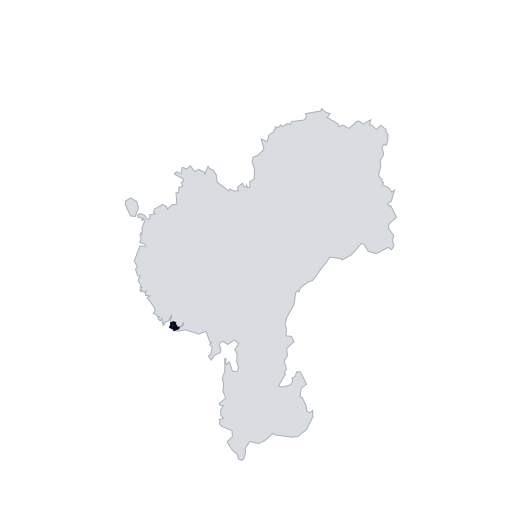 Shanghai highlighted on a map of China, rotated 124°
{"feature_id": "CHN-1819", "entity_name": "Shanghai", "entity_type": "Municipality", "adm_level": 1, "iso_a3": "CHN", "parent_name": "China", "parent_adm1": "", "projection": "equal_earth", "projection_center": [121.333, 31.266], "detail": "fine", "context": "in_parent", "style": "filled", "palette": "ink", "viewbox_px": 512, "rotation_deg": 124, "n_neighbors": 0, "source": "natural_earth", "source_scale": "10m", "svg_char_len": 5356}
<svg xmlns="http://www.w3.org/2000/svg" viewBox="0 0 512 512"><g transform="rotate(124 256 256)"><path d="M273.9,366.4L265.6,362.4L265.1,357.9L266.6,355.6L260.7,354.3L257.2,350.7L248.4,357.6L246.5,355.5L242.3,358.4L239.1,355.8L236.8,359.0L234.1,358.1L232.9,360.0L233.7,369.5L230.7,369.1L229.8,364.3L223.7,366.7L222.5,362.0L217.8,360.9L220.3,354.0L216.3,352.0L215.5,345.9L216.6,344.1L208.4,345.9L209.5,343.2L208.6,339.8L210.8,334.5L216.4,329.4L217.4,315.0L215.1,315.2L214.3,310.2L211.7,307.2L209.5,309.6L203.1,308.0L205.2,305.1L204.5,302.7L202.5,303.7L204.1,301.0L202.3,299.4L198.0,302.8L193.4,300.5L184.3,306.2L180.2,311.8L175.7,313.7L171.6,310.8L163.1,309.0L156.0,317.1L155.0,310.6L148.5,313.0L142.5,310.6L141.0,312.0L139.5,310.5L138.4,312.2L136.8,309.1L133.4,308.8L133.9,306.5L128.4,303.8L127.9,301.3L124.6,301.6L116.3,292.1L112.4,292.0L110.2,294.5L99.5,283.3L97.2,284.1L97.9,278.7L96.5,274.1L101.5,274.3L100.5,262.0L102.4,259.7L98.7,256.9L98.4,250.3L87.7,247.6L86.4,245.7L86.9,241.0L78.9,237.1L83.8,235.1L82.8,233.4L83.7,227.1L77.9,225.6L78.4,219.0L80.2,218.0L81.5,214.4L87.2,211.0L91.7,209.9L91.9,212.4L95.7,212.0L100.3,206.9L107.4,206.5L111.8,202.8L121.3,199.1L121.8,194.4L124.3,192.9L123.7,191.6L126.2,190.7L125.3,183.7L127.0,179.1L123.8,177.9L134.9,174.5L139.2,176.1L140.2,173.9L138.8,172.7L145.4,161.1L154.7,163.7L158.9,162.0L162.0,153.1L167.1,151.5L169.8,147.6L175.0,147.1L175.0,151.4L186.8,157.6L189.3,165.6L185.9,173.2L186.7,175.6L201.4,177.5L211.1,182.4L210.7,184.2L215.5,194.0L244.8,195.4L248.4,198.3L257.1,201.4L261.7,200.4L261.6,202.1L264.4,202.5L275.2,197.3L290.1,196.1L296.4,193.6L300.1,189.4L305.5,186.6L302.8,181.7L305.9,176.6L315.3,178.9L321.1,174.2L327.4,173.7L332.6,167.6L336.9,167.1L337.5,165.5L351.2,164.8L350.3,161.4L343.7,155.4L339.6,155.4L337.2,157.8L334.0,156.2L329.2,157.5L327.2,154.4L334.0,142.4L340.4,144.6L348.1,140.8L347.6,138.4L352.6,130.2L356.3,126.8L355.8,123.7L352.5,122.7L357.6,118.9L371.5,117.1L382.4,120.5L386.2,125.0L393.5,139.8L393.4,142.6L404.2,145.5L410.2,149.2L413.2,157.5L421.4,157.3L424.9,154.6L431.1,152.6L433.3,153.5L434.1,157.3L431.0,160.3L429.9,167.9L426.2,176.1L419.0,174.6L414.2,178.2L416.4,189.1L415.5,192.7L411.8,194.0L412.5,195.4L408.7,191.9L407.7,196.1L403.4,199.2L398.3,199.6L399.8,202.4L399.1,204.1L390.7,201.6L386.6,207.8L380.2,211.2L376.6,215.3L368.3,217.8L358.4,224.6L358.1,223.1L361.4,221.7L362.3,219.5L359.1,219.5L359.0,218.3L364.9,210.9L362.3,207.3L358.5,207.8L354.4,213.0L348.0,216.7L345.5,221.1L338.5,221.5L337.6,227.0L345.2,230.0L345.2,235.6L347.2,237.1L350.0,237.0L353.0,232.8L355.9,231.6L361.2,234.6L367.4,235.0L365.4,239.5L363.0,238.5L356.3,241.1L355.2,245.1L352.5,244.5L353.1,246.2L346.3,255.3L352.9,259.9L356.5,273.0L362.5,279.2L362.0,280.8L354.4,277.5L351.4,278.9L355.6,278.5L362.5,286.1L356.7,291.6L353.9,291.6L352.4,292.8L358.9,292.3L364.1,295.9L360.5,299.1L363.3,299.0L363.0,302.0L360.1,302.0L361.6,303.5L360.3,306.1L361.1,309.0L358.2,308.7L355.7,311.3L351.3,322.9L348.4,321.6L350.3,325.4L347.6,327.7L345.6,327.2L348.6,328.2L348.6,333.3L345.8,332.8L346.5,334.7L344.5,334.9L342.4,339.9L337.3,341.1L338.6,343.0L334.2,348.6L331.3,348.1L328.4,354.1L312.7,357.8L309.6,352.8L308.4,354.4L309.7,360.3L306.7,360.4L303.4,364.1L302.0,362.4L301.6,364.4L299.3,363.5L297.1,366.0L289.4,367.9L287.7,371.3L289.9,375.0L288.8,376.9L285.8,376.3L284.5,371.5L286.4,366.7L284.1,364.9L281.4,367.2L277.2,363.0L277.3,365.4L273.9,366.4ZM290.7,378.2L293.0,382.4L286.6,392.9L283.0,394.9L277.8,392.1L277.7,385.5L281.7,380.4L290.7,378.2ZM362.7,282.5L360.6,282.1L358.7,280.0L360.2,280.4L362.7,282.5ZM365.3,294.2L363.7,294.7L363.3,293.6L365.3,294.2ZM350.0,331.7L349.1,333.0L349.2,331.2L350.0,331.7ZM288.5,370.8L290.1,370.1L289.9,371.1L288.5,370.8Z" fill="#d9dde1" stroke="#a8b0b8" stroke-width="1"/><path d="M359.5,282.5L359.9,282.8L360.1,283.1L360.7,283.6L361.2,283.8L361.5,284.0L361.8,284.2L362.1,284.8L362.8,285.7L363.2,286.7L363.4,287.3L363.3,287.6L362.9,287.7L362.4,287.8L361.9,287.8L361.2,287.9L360.7,288.1L360.4,288.2L360.2,288.3L359.9,288.5L359.5,288.9L359.4,289.0L359.0,289.1L359.0,288.8L358.9,288.7L358.7,288.4L358.4,288.3L358.2,288.3L358.2,288.2L358.0,287.9L357.9,287.9L357.7,287.9L357.7,288.0L357.3,288.0L357.2,287.9L357.3,287.9L357.3,287.7L357.2,287.5L357.2,287.4L357.3,287.3L357.3,287.2L357.2,286.9L357.3,286.7L357.2,286.6L356.8,286.5L356.7,286.1L356.7,285.9L356.5,285.7L356.5,285.4L357.1,285.5L357.6,285.4L357.8,285.3L357.8,285.2L357.7,284.5L357.7,284.4L357.9,284.3L358.0,284.3L358.2,284.2L358.2,283.9L358.2,283.5L358.2,283.4L358.3,283.3L358.4,282.9L358.5,282.9L358.6,282.7L358.8,282.6L359.0,282.6L359.4,282.5L359.5,282.5ZM362.5,281.6L363.0,281.8L363.4,282.1L363.4,282.4L363.4,282.6L363.0,282.8L362.6,283.0L362.4,282.9L362.2,282.7L361.8,282.6L361.7,282.5L361.6,282.4L361.1,282.3L360.9,282.2L360.7,282.0L360.5,281.9L360.3,281.8L359.8,281.5L359.7,281.4L359.3,281.2L359.2,281.1L359.1,280.8L358.7,280.5L358.6,280.4L358.5,280.2L358.4,280.1L358.5,280.0L358.7,279.8L359.0,279.7L359.3,279.8L359.6,279.9L360.0,280.0L360.3,280.2L360.4,280.4L360.6,280.6L360.9,280.7L361.1,280.9L361.2,281.0L361.3,281.1L361.8,281.4L362.5,281.6ZM362.0,283.5L362.2,283.8L361.8,283.6L361.0,283.0L360.9,282.9L361.0,282.9L361.6,283.1L361.8,283.3L362.0,283.5ZM362.5,283.5L362.8,283.7L362.8,283.8L362.7,284.1L362.4,284.1L362.4,283.9L362.2,283.5L362.3,283.5L362.5,283.5Z" fill="#0f172a" stroke="#020617" stroke-width="1.5"/></g></svg>